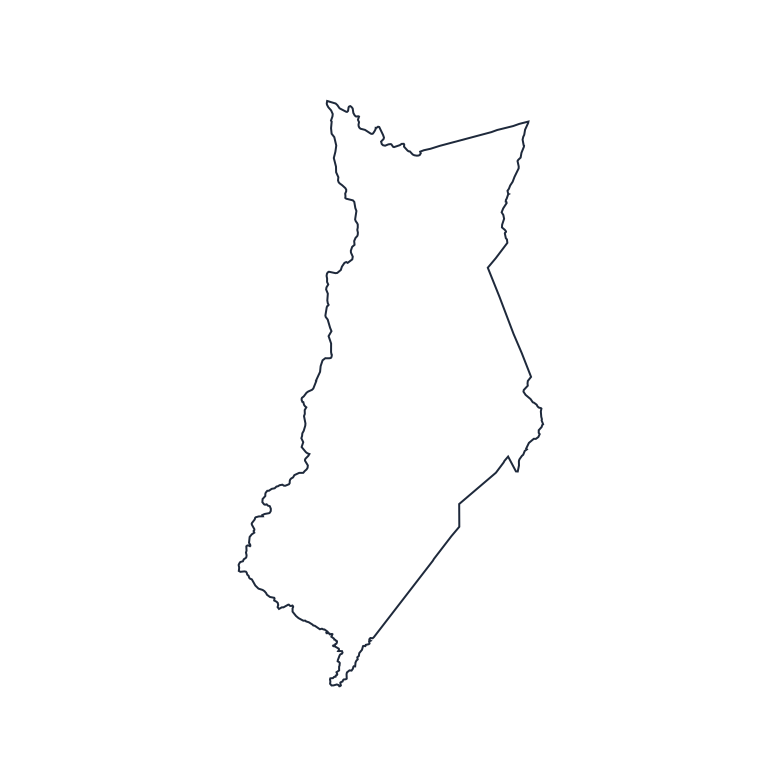 the district of Ntcheu, Ntcheu, Malawi, rotated 23°
{"feature_id": "42251766B4706820893431", "entity_name": "Ntcheu", "entity_type": "district", "adm_level": 2, "iso_a3": "MWI", "parent_name": "Malawi", "parent_adm1": "Ntcheu", "projection": "orthographic", "projection_center": [34.638, -14.817], "detail": "fine", "context": "isolated", "style": "outline", "palette": "slate", "viewbox_px": 768, "rotation_deg": 23, "n_neighbors": 0, "source": "geoboundaries", "source_scale": "gbopen_adm2", "svg_char_len": 6159}
<svg xmlns="http://www.w3.org/2000/svg" viewBox="0 0 768 768"><g transform="rotate(23 384 384)"><path d="M546.2,358.9L543.3,355.9L543.1,354.7L541.6,352.8L539.1,348.0L538.5,345.1L538.0,344.9L535.5,345.2L533.9,344.5L532.6,343.4L529.3,342.6L528.1,342.7L524.8,340.6L518.6,338.7L515.4,336.6L515.0,334.9L517.0,329.4L515.9,327.4L515.2,325.0L516.6,320.0L498.8,301.8L483.7,287.3L456.1,258.5L434.1,236.4L437.7,224.6L442.4,205.9L440.7,202.9L439.2,202.2L436.4,198.2L436.3,197.7L436.8,196.6L436.7,195.9L435.0,194.9L431.4,193.8L430.5,191.2L430.0,185.0L427.8,181.8L425.2,180.0L425.1,175.8L426.2,169.5L425.5,168.6L424.8,168.6L424.3,166.9L424.5,165.5L424.2,160.9L424.6,160.4L424.0,160.4L422.2,157.9L422.7,155.5L422.6,152.0L423.4,147.6L423.2,142.3L423.7,132.9L423.0,131.1L419.8,126.6L420.0,125.2L421.3,122.2L420.2,117.5L420.1,111.1L419.8,109.9L419.3,109.7L416.1,104.9L415.6,102.0L415.7,99.8L414.5,94.8L414.7,87.4L414.4,86.0L406.9,91.7L402.1,96.1L388.9,106.0L384.4,110.2L342.4,142.9L334.9,149.3L329.3,153.3L326.5,156.0L327.7,157.3L327.4,159.3L326.5,160.2L325.0,161.0L322.5,161.6L320.7,161.5L316.9,159.8L315.7,160.2L314.4,159.9L309.7,157.7L309.0,155.6L308.3,155.2L306.4,156.1L305.2,158.0L300.7,162.0L299.7,162.1L297.1,160.5L296.3,160.6L294.4,161.7L291.9,164.2L289.8,164.6L288.2,164.0L286.6,162.0L287.9,158.6L287.7,157.2L285.9,155.2L279.2,149.3L278.0,149.5L276.7,151.6L276.3,151.6L276.7,152.9L276.5,155.1L276.0,157.7L275.2,158.5L274.0,158.7L267.2,157.5L262.6,158.2L261.0,157.6L259.8,156.4L259.2,155.2L258.7,152.7L256.8,151.0L256.5,147.6L255.7,147.6L253.8,148.7L252.2,148.3L249.9,146.5L247.5,142.6L245.6,141.6L244.3,141.4L243.4,142.4L243.3,143.2L244.2,146.6L243.8,147.8L243.0,148.2L235.4,147.6L232.1,145.5L229.9,144.7L221.1,145.7L221.7,148.2L222.4,149.2L224.6,151.0L228.4,152.8L231.3,155.5L232.0,157.8L232.3,162.3L233.3,162.9L235.3,169.2L238.0,174.1L241.8,176.2L246.9,183.2L248.5,189.2L249.5,195.6L254.9,202.7L257.2,207.8L261.2,211.5L262.1,214.5L263.3,215.9L264.6,216.6L267.9,217.4L271.9,218.8L273.3,219.9L273.9,221.4L273.9,223.9L275.2,226.3L275.6,227.8L276.8,228.2L283.6,227.1L285.5,228.0L288.9,233.3L291.0,235.5L293.1,243.8L294.4,245.2L296.4,246.4L297.5,247.4L298.7,250.2L299.2,252.6L300.8,254.8L301.5,256.9L301.6,258.2L300.7,260.6L300.7,264.1L302.5,267.4L301.1,270.2L301.4,274.3L302.2,275.9L305.5,279.0L306.1,281.7L303.2,286.7L301.6,286.5L300.3,287.9L299.4,292.4L299.7,295.9L297.6,300.0L296.1,300.9L289.4,302.2L288.6,303.3L288.4,304.8L288.9,306.9L290.5,309.3L291.7,312.3L293.8,314.2L293.3,317.5L293.8,319.6L297.0,322.8L299.2,329.3L300.7,331.6L302.1,332.8L301.9,333.7L301.4,334.3L301.3,335.7L303.3,343.9L304.2,345.1L307.0,346.7L312.4,353.3L315.0,355.9L314.3,361.6L319.5,367.4L322.8,375.3L324.1,377.3L324.4,377.3L324.9,378.4L325.1,380.1L324.8,380.9L323.4,381.8L319.9,383.2L318.2,386.2L318.7,392.3L320.4,397.8L320.1,407.6L320.5,407.7L320.7,415.8L320.0,417.5L317.2,420.5L316.1,422.3L315.0,426.7L313.9,428.7L313.9,429.6L314.4,430.9L315.9,432.4L316.8,432.2L318.5,434.4L319.9,435.3L321.6,435.8L321.2,439.0L322.8,442.5L322.9,444.8L327.1,451.0L327.8,453.1L328.4,458.5L328.1,461.3L328.9,463.9L329.1,466.2L332.4,469.1L332.8,474.2L338.8,477.3L340.6,477.7L342.7,477.6L342.4,479.7L340.9,483.4L340.9,484.8L341.3,485.5L345.7,488.7L346.4,491.0L346.1,492.9L345.0,495.2L344.4,497.3L340.6,499.0L337.1,502.9L336.8,505.5L335.5,507.2L335.0,508.6L335.1,510.0L335.9,512.1L335.7,513.4L332.9,516.2L331.6,516.7L329.8,516.4L327.4,518.0L326.3,519.6L325.1,520.4L324.1,522.7L321.6,524.4L319.8,527.2L318.3,527.9L317.6,530.2L317.7,531.5L318.5,533.5L317.2,537.3L318.2,540.3L320.6,541.6L321.7,541.6L323.0,540.6L324.5,541.3L326.6,541.1L328.6,543.1L329.4,545.2L329.2,547.0L328.7,547.8L324.9,550.3L323.2,552.2L324.2,553.1L320.5,554.8L318.0,556.8L317.7,557.4L317.9,559.2L316.8,563.4L316.8,564.3L317.3,565.1L321.4,568.3L321.7,569.1L321.4,570.3L322.7,571.5L321.0,574.1L320.1,577.3L321.8,582.9L323.6,584.2L324.2,585.2L324.0,585.7L322.3,585.6L321.3,586.0L320.7,587.2L322.6,591.2L322.8,593.1L324.4,595.3L324.9,597.0L324.8,598.0L323.4,600.2L323.4,602.3L321.3,604.0L320.9,605.7L320.9,607.4L322.5,609.7L323.4,612.8L325.2,613.0L328.6,611.1L330.2,610.7L331.2,611.2L332.6,612.9L334.2,613.4L335.6,615.0L336.6,615.5L338.7,615.5L344.3,619.8L348.4,621.4L352.7,621.0L354.9,621.4L357.3,622.6L358.5,623.7L362.2,624.6L366.5,623.7L367.0,624.1L367.5,626.2L370.2,626.4L371.7,627.0L373.0,628.8L373.2,630.9L375.2,632.1L377.2,629.5L378.7,628.9L382.1,624.5L382.6,624.3L384.1,624.9L385.1,624.7L386.3,623.7L387.2,624.2L387.5,624.7L387.5,626.3L388.8,629.3L393.6,631.9L396.8,632.9L402.1,633.4L404.1,632.6L405.1,633.0L407.8,632.7L412.2,633.4L413.2,633.9L414.8,633.6L420.8,634.8L422.5,633.5L424.1,633.6L425.1,633.2L428.7,634.0L428.7,634.5L428.1,635.4L428.5,635.8L429.8,634.9L430.2,635.3L431.2,634.9L432.0,635.6L433.8,634.4L434.3,634.5L434.3,637.2L437.4,637.9L438.1,638.7L439.2,638.5L440.0,639.1L441.1,639.1L441.4,639.5L441.7,640.6L441.6,641.7L440.8,642.5L440.9,643.5L439.5,644.4L439.4,644.9L440.0,645.1L441.0,644.7L445.8,645.3L446.4,646.2L446.2,647.7L449.7,646.3L450.8,647.5L450.7,648.6L449.5,649.9L449.2,650.9L449.4,656.3L449.7,657.4L451.3,657.5L452.3,658.1L453.1,660.6L453.1,661.7L454.6,665.2L452.9,667.9L454.4,669.4L454.3,670.5L453.5,671.2L453.8,672.3L452.5,673.2L451.9,674.7L449.6,675.9L449.7,677.0L450.9,678.9L451.5,681.0L453.5,682.0L455.4,681.1L458.0,679.0L459.7,678.9L461.0,679.7L461.5,679.4L462.1,678.4L460.5,676.1L460.6,675.6L462.1,674.0L462.0,672.9L462.3,671.8L464.2,670.7L464.8,669.8L462.9,665.7L462.6,664.0L464.1,661.1L466.1,660.5L466.6,658.3L466.3,656.1L466.5,655.6L467.8,655.2L466.6,651.5L466.7,649.3L467.4,647.8L466.2,646.0L467.1,644.1L466.4,641.4L467.6,637.2L467.1,633.5L468.0,632.8L469.1,632.7L469.3,632.3L469.2,631.2L471.6,629.5L472.1,628.6L470.9,626.8L472.0,625.5L470.4,625.2L470.3,624.1L470.8,623.1L472.9,622.5L473.6,621.0L498.0,527.7L498.3,525.5L505.5,497.7L509.1,486.0L500.1,465.1L521.7,421.9L524.8,409.4L524.9,407.8L526.6,402.3L539.6,412.9L541.3,412.3L540.1,406.3L538.3,402.3L538.1,400.5L539.0,396.3L539.8,394.7L539.7,390.6L541.1,388.3L540.1,387.9L540.4,381.6L543.3,375.9L545.2,375.2L546.8,372.5L546.9,369.3L545.5,368.5L544.5,366.1L545.9,362.0L545.7,359.9L546.2,358.9Z" fill="none" stroke="#1e293b" stroke-width="2"/></g></svg>